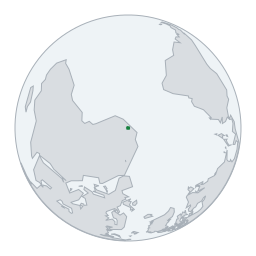 globe centered on Gaoual, rotated 170°
{"feature_id": "GIN-5639", "entity_name": "Gaoual", "entity_type": "Prefecture", "adm_level": 1, "iso_a3": "GIN", "parent_name": "Guinea", "parent_adm1": "", "projection": "orthographic", "projection_center": [-13.344, 11.72], "detail": "fine", "context": "on_globe", "style": "filled", "palette": "green", "viewbox_px": 256, "rotation_deg": 170, "n_neighbors": 0, "source": "natural_earth", "source_scale": "10m", "svg_char_len": 8630}
<svg xmlns="http://www.w3.org/2000/svg" viewBox="0 0 256 256"><g transform="rotate(170 128 128)"><circle cx="128" cy="128" r="113" fill="#eef3f6" stroke="#a8b0b8"/><path d="M94.0,20.6L93.8,20.8L84.9,25.3L87.1,24.6L85.2,26.3L87.1,26.2L84.9,27.4L88.3,26.3L89.9,25.2L92.0,24.5L93.2,24.4L90.6,25.8L89.6,26.1L89.5,26.5L87.7,27.3L89.3,26.8L86.0,28.8L91.1,26.8L90.0,28.4L87.4,29.7L85.3,29.6L73.9,33.4L70.6,35.3L67.9,37.8L67.9,42.2L65.2,44.5L63.3,47.7L65.8,46.2L68.3,43.3L72.6,41.7L75.0,38.6L77.2,37.7L80.7,34.9L82.6,35.4L82.7,37.6L79.9,40.1L79.8,41.3L84.5,39.3L81.3,44.6L82.6,49.7L81.4,51.3L75.6,53.2L70.4,52.0L62.8,55.9L70.3,53.7L67.3,58.3L67.9,59.3L69.6,59.4L71.7,57.9L71.2,59.7L63.6,62.2L64.0,60.6L66.3,59.7L63.9,59.4L58.8,61.7L57.7,64.1L51.1,66.1L50.3,68.0L48.4,69.7L50.2,66.4L46.8,72.5L38.9,77.8L34.2,89.1L36.1,79.6L35.1,77.9L33.4,77.3L32.5,79.1L31.5,76.6L28.5,79.4L24.4,87.9L22.3,95.2L23.7,96.8L25.6,93.3L27.4,93.5L23.1,103.3L25.8,106.5L23.8,114.3L24.2,118.9L26.4,118.7L28.3,121.5L30.8,117.5L34.3,116.0L33.3,122.5L36.1,117.1L37.5,120.7L45.1,122.4L44.2,123.7L50.5,132.9L58.9,137.9L60.8,143.0L59.7,145.8L62.9,147.1L63.0,149.1L77.6,154.0L86.2,159.6L86.7,166.2L81.1,173.1L79.6,188.0L70.4,191.6L70.5,197.3L67.7,204.7L61.8,202.9L66.1,207.5L64.9,209.4L61.8,208.8L63.5,211.6L61.3,211.1L64.3,213.4L64.2,216.2L68.2,219.4L69.0,221.5L71.8,223.4L70.8,223.1L70.7,223.4L71.8,224.3L67.4,221.9L62.2,217.9L60.9,216.2L59.5,215.5L56.4,211.0L56.2,211.6L50.1,203.7L47.3,197.3L39.3,177.1L36.7,172.4L31.2,166.1L24.2,148.3L24.9,142.3L23.9,138.8L27.2,130.7L27.1,121.7L26.2,120.0L24.7,122.8L22.3,115.8L22.6,108.7L21.1,93.3L22.2,89.6L24.3,84.3L27.6,77.0L31.5,69.9L36.0,63.1L40.9,56.6L46.3,50.5L52.1,44.8L58.3,39.5L64.8,34.7L71.7,30.4L78.9,26.6L86.4,23.3L94.0,20.6ZM32.4,92.8L35.7,100.2L32.4,99.8L33.3,99.0L32.8,96.3L31.3,93.3L28.8,93.6L32.4,92.8ZM37.1,87.5L36.4,86.7L37.3,87.0L37.1,87.5ZM79.3,34.8L80.0,34.8L79.0,35.3L79.3,34.8ZM80.3,33.6L78.7,34.2L78.8,33.7L79.8,33.4L80.3,33.6ZM82.2,33.1L79.4,32.9L79.8,32.1L83.8,30.3L82.2,33.1ZM89.9,25.0L88.2,26.1L88.4,25.3L89.9,25.0ZM89.6,24.7L87.4,23.9L90.5,22.5L90.6,22.9L93.8,21.4L96.3,21.0L95.2,21.8L92.7,22.7L95.6,21.9L89.6,24.7ZM92.8,24.1L92.1,24.0L94.8,22.7L96.7,22.8L95.2,23.2L92.8,24.1ZM93.3,21.2L95.6,20.5L98.4,19.9L99.6,19.5L96.7,20.9L93.3,21.2ZM95.2,23.4L97.6,22.9L97.5,23.5L93.7,24.2L95.2,23.4ZM94.6,22.4L96.0,21.9L95.9,22.2L94.6,22.4ZM98.4,25.7L97.5,25.3L98.8,24.6L98.4,25.7ZM98.5,22.6L98.5,22.4L98.9,22.2L100.4,22.0L98.5,22.6ZM98.8,20.5L99.5,20.5L100.2,19.9L102.2,19.6L99.9,20.7L101.8,20.1L102.4,20.1L99.8,21.0L98.8,20.5ZM103.1,21.0L100.9,22.6L102.3,23.3L101.1,23.9L99.1,22.7L103.1,21.0ZM101.4,20.9L102.2,21.1L100.4,21.7L98.7,21.9L101.4,20.9ZM104.5,19.2L101.9,19.3L102.5,19.1L104.5,19.2ZM103.9,21.1L104.4,20.8L104.2,21.1L103.9,21.1ZM104.7,19.6L103.7,19.6L104.4,19.4L104.7,19.6ZM106.3,20.1L105.6,20.6L104.4,20.7L106.3,20.1ZM105.9,19.8L107.1,19.5L104.5,20.5L105.3,19.8L105.9,19.8ZM105.6,19.4L105.7,19.2L105.9,19.4L105.6,19.4ZM111.2,19.6L108.1,20.9L105.5,21.0L108.9,19.8L111.2,19.6ZM76.0,226.5L68.3,222.5L72.1,224.5L71.8,223.6L76.9,226.2L76.0,226.5ZM76.4,224.2L77.8,224.0L79.0,224.5L78.3,224.9L76.4,224.2ZM239.2,110.0L239.5,112.4L236.1,98.8L232.6,89.3L232.6,91.0L228.1,84.3L223.8,86.9L222.1,84.7L221.5,86.5L218.1,85.0L215.1,81.4L213.6,82.4L221.4,91.9L222.9,91.0L222.6,86.1L224.6,89.8L227.7,92.3L228.2,103.3L220.0,116.1L217.4,108.4L201.8,89.6L201.3,87.2L201.2,86.9L200.9,86.5L201.3,90.6L198.0,86.9L208.2,100.3L210.8,106.5L219.9,116.6L219.5,118.1L221.9,119.9L227.4,114.7L227.8,117.4L226.3,130.9L217.1,150.9L217.3,161.9L214.9,171.7L206.9,179.7L205.4,186.8L200.9,190.2L199.1,194.3L194.2,199.3L187.0,204.3L177.0,206.0L178.2,202.5L175.9,196.1L173.6,179.5L178.0,170.9L177.8,164.7L170.4,151.3L172.2,143.1L169.8,140.0L165.0,141.3L162.0,137.6L158.9,137.8L138.5,142.3L131.2,137.5L119.9,122.0L122.8,115.4L121.4,108.1L139.8,82.0L145.8,82.8L162.8,77.8L165.3,78.4L165.6,84.1L180.2,89.1L182.1,84.0L193.0,85.9L198.8,84.6L196.7,74.1L187.3,76.0L183.3,71.5L189.1,65.8L197.0,64.7L195.7,63.0L188.8,60.0L188.6,56.5L186.1,58.8L188.6,60.3L187.1,62.0L184.8,60.8L184.8,59.5L181.9,59.2L182.4,66.1L185.0,68.4L178.5,70.9L182.1,75.0L181.1,77.5L174.5,71.4L173.6,68.9L163.1,63.3L163.4,66.0L173.4,71.7L171.1,71.5L171.6,75.8L169.5,72.4L158.5,66.0L151.3,68.7L145.5,80.1L140.6,81.6L135.0,80.1L133.7,69.4L144.8,67.4L144.5,64.2L139.3,60.1L143.1,60.0L142.4,58.3L146.3,57.5L149.0,52.9L152.5,52.0L150.8,46.9L152.4,45.9L152.9,49.1L155.2,51.0L163.7,49.5L164.5,48.2L162.7,45.2L165.3,45.4L162.5,42.7L166.0,40.9L159.3,41.0L157.1,38.0L157.7,35.5L155.7,34.6L154.7,38.9L155.4,40.7L157.9,42.1L158.7,47.6L156.4,48.9L151.0,43.6L147.1,45.1L144.7,40.9L148.9,31.1L152.1,29.1L163.1,31.2L164.0,33.0L160.4,33.0L166.2,35.4L164.5,34.0L166.7,34.4L165.0,32.1L166.4,32.2L162.4,29.9L164.0,29.9L166.5,31.3L165.4,28.3L167.9,28.0L167.0,27.3L165.3,26.6L169.6,26.9L168.7,26.4L167.0,26.1L164.1,25.0L160.6,23.3L162.3,23.4L163.8,24.1L169.4,25.9L173.0,27.9L173.4,27.8L170.6,26.2L163.8,23.9L161.2,22.9L164.4,23.7L163.0,23.3L162.3,22.8L163.1,22.7L159.6,21.7L149.3,18.0L149.9,17.7L153.8,18.5L149.8,17.5L157.7,19.3L165.3,21.7L172.8,24.7L180.1,28.1L187.1,32.1L193.8,36.6L200.2,41.5L206.2,46.9L211.8,52.7L216.9,58.9L221.6,65.4L225.9,72.2L229.6,79.4L232.8,86.7L235.5,94.3L237.6,102.1L239.2,110.0ZM136.0,94.8L136.1,97.0L136.0,94.8ZM207.2,69.1L210.8,68.4L206.0,62.8L206.9,62.2L204.9,60.6L205.6,62.4L200.3,58.3L200.6,56.1L198.6,53.8L197.3,54.0L197.5,58.7L205.1,64.5L205.6,67.2L207.2,69.1ZM45.3,122.4L46.1,123.8L44.8,123.6L45.3,122.4ZM31.3,102.3L32.3,102.9L32.6,104.1L31.7,104.1L31.3,102.3ZM41.9,105.8L43.4,106.8L41.5,106.9L41.9,105.8ZM36.4,101.2L40.6,105.2L36.9,106.2L34.4,103.8L36.5,103.9L36.4,101.2ZM35.1,90.9L35.6,91.6L35.0,92.7L35.1,90.9ZM37.7,87.7L37.4,87.7L37.5,86.7L37.7,87.7ZM67.8,58.1L68.4,58.0L69.7,58.5L68.4,59.0L67.8,58.1ZM79.6,56.9L78.6,59.9L78.4,58.0L76.4,59.1L73.6,56.8L80.7,52.0L78.0,54.5L79.6,56.9ZM71.8,52.9L72.8,54.6L71.4,52.9L71.8,52.9ZM134.5,50.5L136.7,51.3L136.6,53.3L132.1,55.4L132.2,52.4L134.5,50.5ZM140.0,52.0L135.9,46.7L138.5,45.5L137.7,47.0L139.9,46.8L139.2,49.2L145.7,53.6L146.0,55.8L137.5,57.8L140.1,55.8L137.7,55.0L140.0,52.0ZM120.9,38.3L119.1,36.8L127.1,36.0L127.8,37.6L123.3,39.5L119.9,38.8L120.9,38.3ZM89.9,30.3L88.7,30.4L89.4,29.9L91.0,29.4L89.9,30.3ZM97.9,25.6L95.8,29.7L94.3,29.9L94.8,32.5L91.2,34.2L91.0,32.4L88.6,35.8L87.0,34.8L85.8,37.2L85.7,33.0L84.1,32.5L87.2,32.3L90.6,30.8L91.6,30.0L93.2,27.5L91.5,26.0L94.5,24.6L97.2,23.9L98.0,24.0L95.8,24.9L98.6,24.4L96.0,25.8L97.9,25.6ZM126.1,21.5L123.1,21.7L128.3,22.4L125.8,23.2L126.5,23.3L125.6,24.3L125.7,25.7L124.2,25.9L124.9,26.4L124.3,27.2L124.8,28.0L122.3,28.8L122.6,29.9L121.2,29.7L122.5,31.4L120.4,30.6L119.4,31.8L122.0,32.0L107.1,36.2L102.6,39.1L99.9,42.3L96.6,40.8L97.0,37.2L99.6,33.1L104.5,30.6L102.1,30.6L103.7,29.5L104.9,30.0L104.1,28.6L105.7,27.9L108.0,25.2L105.7,24.1L106.5,23.3L108.2,23.4L107.8,22.5L111.6,22.2L112.2,21.6L116.6,20.9L119.5,21.7L120.0,21.1L123.4,20.7L126.1,21.5ZM112.5,19.5L116.6,19.8L117.2,20.6L109.3,21.5L108.2,22.0L103.2,23.0L102.4,22.0L103.9,21.8L105.2,21.4L104.9,21.9L106.1,21.2L108.2,20.9L109.7,20.4L110.6,20.6L112.5,19.5ZM166.7,76.1L168.4,76.1L170.7,75.5L171.1,78.4L166.7,76.1ZM159.2,71.8L160.5,71.2L162.1,74.7L160.4,74.8L159.2,71.8ZM159.8,68.2L160.4,70.9L159.1,69.5L159.8,68.2ZM154.0,48.5L155.3,47.9L155.9,48.6L155.9,49.8L154.0,48.5ZM141.0,25.1L139.2,24.8L139.2,24.5L136.2,23.3L137.8,22.8L140.3,23.3L141.0,25.1ZM195.9,76.1L195.1,78.4L193.8,77.7L194.4,77.0L195.9,76.1ZM183.1,78.5L186.7,79.2L183.2,79.2L183.1,78.5ZM142.3,24.4L140.9,23.9L142.6,24.0L142.3,24.4ZM138.9,22.4L140.7,22.4L137.7,22.6L138.9,22.4ZM225.5,166.7L216.8,184.7L214.0,185.8L215.2,181.1L219.5,170.5L223.4,166.5L225.7,161.3L225.5,166.7ZM154.5,21.7L156.9,23.7L159.8,25.4L163.1,26.4L159.5,26.1L155.1,23.5L154.5,21.7ZM149.7,18.3L146.8,17.8L147.3,17.7L148.1,17.8L149.7,18.3ZM148.5,18.2L146.3,18.3L144.2,17.8L146.3,17.8L148.5,18.2ZM144.5,20.7L145.1,21.3L143.7,21.2L144.5,20.7Z" fill="#d9dde1" stroke="#a8b0b8" stroke-width="1"/><path d="M127.1,126.9L127.3,126.9L127.4,127.0L127.5,126.9L127.8,126.9L127.9,127.0L128.0,127.0L128.0,127.3L128.3,127.4L128.6,127.4L128.9,127.3L128.9,127.2L129.0,127.2L129.0,127.3L129.0,127.5L128.9,127.6L129.0,127.6L129.0,127.8L129.0,128.0L129.2,128.3L129.0,128.5L128.9,128.6L128.7,128.8L128.7,129.1L128.3,129.2L128.2,129.2L128.2,128.8L128.0,128.7L127.9,128.7L127.6,128.7L127.5,128.8L127.4,128.8L127.2,128.8L127.0,128.7L126.9,128.7L126.8,128.4L126.7,128.4L126.7,128.2L126.8,128.1L127.0,128.1L127.3,128.0L127.3,127.9L127.2,127.6L127.3,127.6L127.3,127.4L127.2,127.4L127.0,127.2L126.9,127.2L127.0,127.0L127.0,126.9L127.1,126.9Z" fill="#22c55e" stroke="#15803d" stroke-width="1.5"/></g></svg>